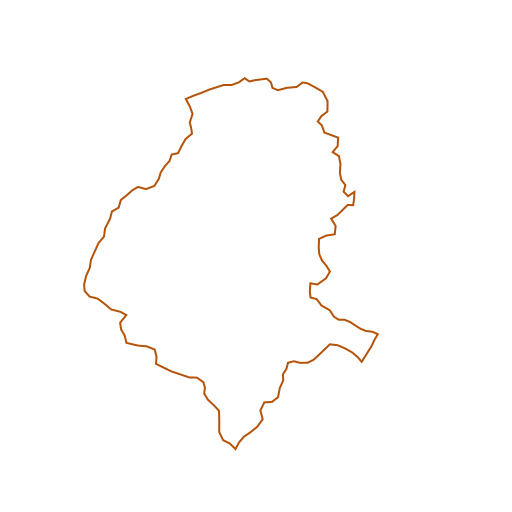 the district of Armazém, Santa Catarina, Brazil, rotated 32°
{"feature_id": "56859067B33750848824651", "entity_name": "Armazém", "entity_type": "district", "adm_level": 2, "iso_a3": "BRA", "parent_name": "Brazil", "parent_adm1": "Santa Catarina", "projection": "albers", "projection_center": [-49.004, -28.235], "detail": "fine", "context": "isolated", "style": "outline", "palette": "amber", "viewbox_px": 512, "rotation_deg": 32, "n_neighbors": 0, "source": "geoboundaries", "source_scale": "gbopen_adm2", "svg_char_len": 2112}
<svg xmlns="http://www.w3.org/2000/svg" viewBox="0 0 512 512"><g transform="rotate(32 256 256)"><path d="M400.7,257.8L395.0,258.5L389.0,261.3L383.3,262.3L377.4,262.3L370.9,262.1L364.9,263.1L360.0,266.2L354.4,266.2L347.2,262.9L337.7,263.3L330.3,260.4L324.3,262.3L320.6,257.8L316.6,250.3L323.1,247.7L327.2,237.8L326.9,230.0L321.1,227.1L314.4,224.9L308.9,221.1L304.7,215.6L300.4,208.1L304.6,201.6L311.3,195.8L307.5,188.2L299.9,184.5L303.3,178.1L305.3,170.1L306.7,164.1L311.5,161.4L308.6,155.0L305.5,149.5L302.4,156.5L296.2,155.0L294.2,148.5L287.9,146.2L283.1,141.1L278.9,133.3L273.4,127.3L266.0,127.3L267.0,119.5L262.9,112.1L255.1,113.7L248.5,115.1L242.8,110.4L237.1,109.2L237.3,102.8L240.0,95.7L234.6,86.7L225.7,81.4L217.7,81.6L208.4,82.2L203.6,84.1L200.8,91.2L193.1,97.0L186.7,103.8L180.9,104.7L176.6,100.8L171.2,99.9L166.4,103.8L161.8,107.6L157.8,111.5L152.2,111.2L149.3,118.0L144.8,123.8L137.9,128.2L133.7,133.1L128.3,139.5L122.6,147.5L118.1,153.1L113.3,160.1L120.3,164.0L126.9,169.1L129.1,177.9L133.2,181.8L136.9,186.2L134.3,194.0L134.6,202.0L135.4,210.1L130.7,214.6L132.3,221.4L131.1,227.8L130.9,235.6L132.7,242.0L132.7,250.4L127.3,257.5L119.3,260.0L116.2,266.0L114.2,273.0L111.7,280.1L113.9,287.8L110.2,294.6L112.5,301.7L113.4,312.7L116.8,320.0L115.6,328.4L116.8,337.4L118.1,346.8L121.3,354.1L122.5,362.9L125.3,371.2L129.2,376.5L136.4,378.6L144.2,376.1L152.2,376.7L161.4,378.1L170.5,375.2L177.3,374.8L176.1,384.5L180.3,389.6L186.6,392.9L192.2,398.3L197.9,396.4L203.6,394.4L211.0,390.6L219.6,389.0L225.0,394.1L228.4,400.5L245.3,398.7L263.6,394.4L270.3,390.5L278.3,390.9L282.5,394.8L285.0,400.2L291.5,403.4L300.1,405.1L306.7,406.9L312.1,415.1L318.1,424.8L325.7,429.6L333.3,428.9L340.9,430.6L340.4,423.2L341.5,415.4L344.6,408.7L347.5,400.3L348.2,390.9L341.6,384.7L340.6,375.8L346.9,371.2L349.5,364.1L346.2,355.5L345.0,347.1L341.5,341.9L341.7,335.9L339.7,329.6L343.9,325.2L350.1,323.2L356.4,319.1L359.8,313.5L361.5,307.5L363.5,299.5L365.5,291.7L372.5,288.4L380.3,287.2L388.7,286.8L395.5,287.8L401.7,289.7L401.7,281.4L401.8,271.6L400.9,264.2L400.7,257.8Z" fill="none" stroke="#b45309" stroke-width="2"/></g></svg>